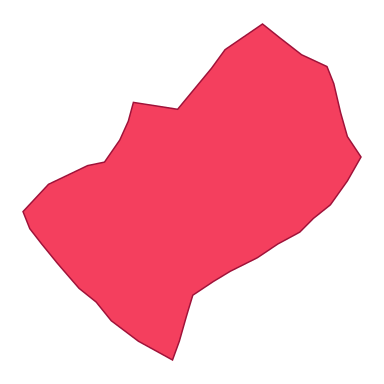 outline of Makrasyka, Cyprus
{"feature_id": "46923920B17010547008979", "entity_name": "Makrasyka", "entity_type": "district", "adm_level": 2, "iso_a3": "CYP", "parent_name": "Cyprus", "parent_adm1": "", "projection": "mercator", "projection_center": [33.756, 35.072], "detail": "fine", "context": "isolated", "style": "filled", "palette": "rose", "viewbox_px": 384, "rotation_deg": 0, "n_neighbors": 0, "source": "geoboundaries", "source_scale": "gbopen_adm2", "svg_char_len": 595}
<svg xmlns="http://www.w3.org/2000/svg" viewBox="0 0 384 384"><path d="M262.5,24.0L225.1,49.6L211.5,68.3L177.6,109.3L133.4,102.4L128.3,121.2L119.8,140.0L104.5,162.1L87.6,165.6L48.5,184.3L23.0,211.6L29.8,228.7L41.7,244.0L57.0,262.8L61.1,267.6L79.1,288.4L96.1,302.0L111.3,320.8L138.5,341.3L172.5,360.0L179.3,341.3L186.1,317.4L188.3,310.0L192.8,295.2L213.2,281.6L230.2,271.3L257.4,257.7L277.8,244.0L299.8,232.1L313.4,218.4L330.4,204.8L347.4,180.9L361.0,157.0L347.4,136.6L340.6,112.7L333.8,83.7L327.0,66.6L301.5,54.7L279.5,37.6L262.5,24.0Z" fill="#f43f5e" stroke="#9f1239" stroke-width="1.5"/></svg>